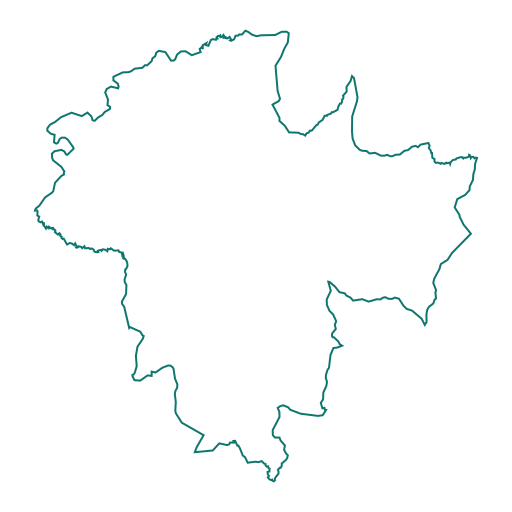 Shiwang'Andu, Muchinga, Zambia
{"feature_id": "96606910B14962040673296", "entity_name": "Shiwang'Andu", "entity_type": "district", "adm_level": 2, "iso_a3": "ZMB", "parent_name": "Zambia", "parent_adm1": "Muchinga", "projection": "robinson", "projection_center": [31.599, -11.088], "detail": "fine", "context": "isolated", "style": "outline", "palette": "teal", "viewbox_px": 512, "rotation_deg": 0, "n_neighbors": 0, "source": "geoboundaries", "source_scale": "gbopen_adm2", "svg_char_len": 5938}
<svg xmlns="http://www.w3.org/2000/svg" viewBox="0 0 512 512"><path d="M477.0,157.9L475.4,157.6L474.5,158.3L473.2,156.8L471.3,157.0L470.8,158.0L469.9,155.2L469.1,154.8L468.8,156.6L466.0,157.8L463.6,157.7L463.2,158.4L461.9,157.1L460.4,157.2L456.3,158.5L455.8,159.5L453.1,159.9L450.6,162.2L450.1,164.1L449.5,162.7L446.4,163.3L446.1,162.7L444.3,163.9L441.4,162.9L440.6,163.8L437.9,162.6L435.8,162.9L434.5,161.5L434.5,159.0L432.4,157.9L432.0,153.0L431.2,152.8L430.7,150.6L428.8,147.9L429.6,145.8L428.4,143.0L420.6,144.6L418.0,147.2L415.7,145.9L412.0,146.7L408.0,150.1L404.4,150.8L399.8,154.6L395.8,154.7L392.5,156.1L390.4,156.3L387.1,154.8L384.7,155.7L381.0,155.7L375.0,152.8L369.6,153.5L366.5,151.0L361.9,150.7L359.7,149.8L355.2,145.3L352.6,138.6L352.0,131.2L352.2,116.4L356.9,101.5L357.5,97.1L354.0,78.1L352.0,76.1L350.6,80.9L346.5,86.9L346.6,91.7L343.0,95.7L343.5,97.0L343.1,98.7L342.1,99.5L342.1,101.5L341.2,103.6L340.0,103.5L338.4,106.4L337.5,109.8L332.8,112.4L331.9,112.1L330.7,113.7L327.3,114.9L327.1,115.7L324.7,115.8L322.4,120.0L318.8,122.4L317.8,124.5L316.3,125.2L311.7,130.7L309.8,130.7L308.7,132.6L306.5,133.4L305.2,135.6L302.9,134.1L301.1,134.1L298.3,132.7L289.1,132.4L284.8,125.7L279.4,120.9L279.5,117.9L272.5,104.6L278.7,101.1L280.0,98.8L277.6,90.9L275.5,65.8L281.0,56.9L284.4,48.5L287.8,42.5L288.8,33.3L286.6,31.7L281.7,31.8L275.2,35.0L260.9,35.3L256.5,36.2L251.8,34.6L248.2,31.9L245.4,30.7L242.0,34.5L239.3,34.4L238.3,35.6L235.6,35.7L234.1,39.3L231.1,40.8L230.1,40.4L231.1,39.5L229.6,36.9L227.7,38.4L225.9,38.2L226.2,37.5L225.4,37.1L223.8,37.7L224.1,35.9L223.4,34.9L222.0,36.8L220.6,37.2L220.2,35.4L219.3,36.2L218.2,35.8L216.6,37.2L217.5,38.6L216.1,39.0L215.9,39.8L212.6,39.1L210.8,40.1L208.4,45.8L205.7,44.9L206.4,43.1L202.6,45.3L202.8,47.5L202.0,47.3L202.1,48.1L201.3,47.7L199.7,48.9L200.6,52.1L191.8,55.2L185.6,51.3L181.0,51.4L177.1,54.6L175.1,59.4L173.8,60.5L171.1,60.7L165.4,52.1L158.8,50.8L156.2,52.8L155.3,56.1L152.5,58.3L151.6,61.2L147.2,65.3L145.1,65.2L142.3,67.8L134.6,68.7L131.0,71.3L128.3,72.2L122.7,72.4L113.4,76.8L113.4,80.4L117.8,83.7L118.6,86.6L118.1,88.3L111.0,86.6L106.7,89.0L105.2,92.4L108.0,99.6L107.5,105.2L110.1,106.8L110.1,108.8L104.6,112.1L102.4,114.9L97.9,117.6L94.7,120.8L92.6,120.3L91.4,116.4L87.5,112.6L81.7,116.1L71.6,112.7L61.2,117.1L55.0,122.0L50.0,124.7L47.4,128.2L47.3,130.7L50.9,133.8L54.6,134.8L54.0,142.3L56.2,143.6L57.0,143.4L58.0,142.7L59.8,138.8L62.1,137.6L65.0,137.7L67.6,139.4L73.3,147.4L73.6,148.7L67.3,154.8L66.1,154.5L64.3,151.4L61.4,149.9L54.6,151.2L51.9,153.7L52.1,157.8L53.1,160.3L61.4,166.9L64.4,171.6L63.7,173.3L64.0,174.5L61.4,175.9L55.0,182.8L53.3,191.0L52.2,192.5L45.1,197.4L39.3,205.7L35.7,208.6L35.0,210.6L37.1,210.5L37.6,211.5L37.3,215.5L39.2,216.6L38.3,219.9L38.6,221.3L40.6,222.3L42.1,221.6L43.1,224.2L43.9,222.3L44.0,225.4L45.9,228.5L46.7,226.7L47.9,227.8L48.8,226.6L49.6,227.2L49.2,228.3L52.7,228.0L52.3,228.8L53.0,229.4L54.4,229.3L55.5,230.8L54.9,232.1L57.9,234.6L59.4,233.2L60.5,234.5L60.1,235.7L61.7,236.8L61.5,238.0L62.5,238.9L63.7,238.6L67.0,244.5L69.8,243.0L72.0,243.6L74.0,245.2L75.2,243.4L76.7,246.6L76.0,247.2L76.4,247.7L78.1,247.2L78.5,246.3L81.4,246.9L82.2,248.2L84.4,246.3L85.1,248.3L88.7,248.0L90.0,249.0L91.5,248.4L93.5,249.5L94.5,251.7L97.3,252.3L98.1,252.1L97.5,251.3L97.9,250.7L101.0,249.9L101.5,250.8L102.8,249.3L105.5,249.8L107.3,251.2L107.8,248.8L110.0,249.3L110.8,248.3L114.2,250.7L118.5,250.4L119.1,251.9L121.8,252.6L122.1,254.5L123.0,253.4L123.7,255.9L122.9,256.8L123.9,257.6L122.8,259.0L124.4,258.2L126.1,260.1L127.2,262.6L127.5,266.0L126.0,269.2L125.4,269.3L124.9,271.5L126.1,274.7L124.5,279.8L124.8,282.3L126.4,284.9L126.1,294.0L121.9,301.6L122.0,303.7L124.2,306.8L129.2,328.0L130.0,327.1L140.3,331.7L142.4,335.2L143.7,336.0L142.7,339.0L137.5,346.6L135.9,355.8L136.7,366.1L135.0,372.1L133.8,374.4L132.4,374.9L132.5,376.2L134.5,380.2L140.2,380.6L147.6,375.4L151.6,375.9L151.7,371.6L155.5,372.5L162.3,367.8L168.1,365.5L170.4,365.6L172.8,367.4L173.6,369.2L175.0,378.6L177.4,384.5L177.1,387.9L175.5,390.7L174.8,393.7L175.8,402.2L175.3,410.4L175.8,413.2L181.8,422.7L203.6,435.2L196.7,447.2L194.8,452.2L212.7,450.5L219.3,443.4L227.2,445.1L229.3,444.2L230.1,442.5L233.8,442.6L233.4,441.0L235.1,440.8L237.4,445.7L238.4,445.6L239.9,448.3L242.8,455.5L245.1,457.3L247.7,462.7L255.6,461.7L258.3,462.2L261.7,461.1L264.0,463.5L265.6,464.1L265.6,465.4L266.7,466.6L268.0,466.3L268.5,467.9L269.6,468.6L269.4,471.5L267.6,471.9L267.7,474.2L269.0,475.9L267.8,477.4L269.5,479.3L271.1,480.1L272.1,479.6L272.6,480.8L273.8,481.3L274.9,480.4L274.8,478.8L275.9,476.8L278.4,473.9L278.6,471.8L277.9,469.9L279.7,467.8L280.6,467.9L281.8,465.7L281.7,463.5L285.7,460.2L287.2,458.1L287.8,455.3L286.0,453.4L284.1,449.8L284.9,445.4L280.6,440.6L279.5,437.6L274.8,437.5L272.8,435.0L272.7,430.1L279.5,417.0L279.4,411.9L277.7,407.9L280.0,406.3L283.2,405.3L288.1,407.3L290.3,409.8L300.6,413.7L318.0,415.9L322.7,415.2L326.1,409.9L324.8,409.6L324.4,407.8L322.4,408.3L320.8,402.9L323.1,399.3L323.3,392.6L326.3,386.0L327.0,382.1L325.8,377.8L325.9,375.1L327.5,369.9L329.0,367.8L330.5,355.0L333.4,348.0L337.1,347.6L342.1,345.7L339.7,344.2L338.4,341.5L333.9,337.3L332.6,337.2L331.9,335.8L332.3,333.2L335.8,329.0L334.8,324.7L336.2,321.3L333.1,314.4L329.6,311.0L326.9,305.0L326.7,299.5L330.8,290.8L328.3,281.7L329.5,281.9L335.0,286.6L339.5,292.2L344.8,293.3L346.3,295.5L350.5,297.6L353.1,300.6L362.2,299.2L368.7,301.6L376.5,299.3L380.7,299.3L382.6,297.8L385.3,297.2L388.5,298.8L392.1,298.9L394.7,297.6L398.9,298.7L403.6,305.9L406.7,308.9L412.0,310.6L421.6,318.7L424.8,324.9L426.6,321.9L426.4,314.4L427.3,309.6L429.1,306.7L433.3,303.5L434.6,299.7L436.0,298.5L435.4,292.3L436.1,290.2L433.3,283.1L433.5,281.7L434.4,278.3L439.4,269.2L440.8,264.1L447.5,259.9L452.1,252.9L470.9,233.7L463.6,224.7L459.6,216.7L459.5,215.0L454.7,207.4L457.3,199.1L465.2,194.9L469.5,190.1L469.8,186.3L473.0,179.8L473.3,174.3L474.9,169.0L475.0,164.3L477.0,157.9Z" fill="none" stroke="#0f766e" stroke-width="2"/></svg>